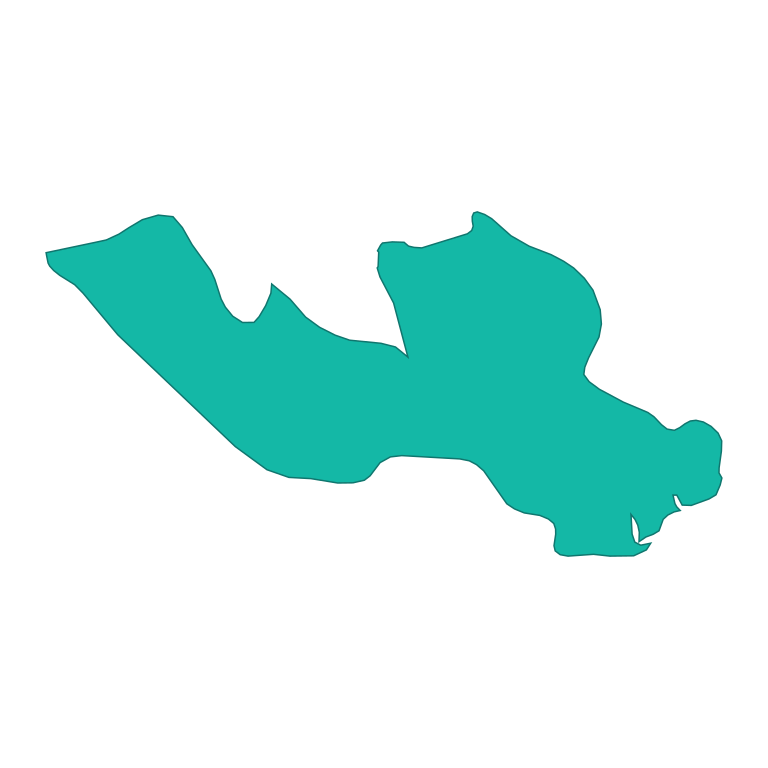 the border of Long An
{"feature_id": "VNM-503", "entity_name": "Long An", "entity_type": "Province", "adm_level": 1, "iso_a3": "VNM", "parent_name": "Vietnam", "parent_adm1": "", "projection": "orthographic", "projection_center": [106.273, 10.719], "detail": "fine", "context": "isolated", "style": "filled", "palette": "teal", "viewbox_px": 768, "rotation_deg": 0, "n_neighbors": 0, "source": "natural_earth", "source_scale": "10m", "svg_char_len": 1935}
<svg xmlns="http://www.w3.org/2000/svg" viewBox="0 0 768 768"><path d="M158.2,215.1L173.0,216.7L182.3,227.5L192.1,244.7L210.9,270.8L214.8,279.4L221.1,299.0L225.3,307.1L232.7,316.2L242.5,322.5L254.0,322.4L259.1,316.7L265.7,305.6L270.9,293.2L271.7,284.0L290.1,299.2L295.3,305.2L305.6,317.1L319.6,327.3L335.0,335.1L349.7,340.2L381.0,343.3L395.5,347.0L407.9,357.1L393.6,303.0L380.0,277.0L377.2,267.9L378.1,266.6L378.7,252.1L377.5,250.8L380.7,245.0L382.5,243.0L392.3,241.9L404.1,242.3L408.5,246.1L414.1,247.4L421.8,247.9L467.4,233.8L471.7,230.5L473.2,226.2L472.3,221.1L472.2,216.6L473.7,213.0L477.3,211.9L484.7,214.5L491.7,218.7L511.0,235.8L529.2,246.2L551.0,254.6L563.7,261.3L573.7,268.0L584.3,278.2L593.0,290.2L600.2,309.7L601.4,324.0L599.0,337.0L588.6,357.8L584.8,367.2L583.8,374.5L589.1,381.7L599.4,389.3L623.3,402.1L647.9,412.5L654.1,416.9L661.5,424.7L667.1,429.1L674.4,430.3L679.8,427.6L685.0,423.8L690.3,421.0L696.0,420.3L703.4,422.0L711.1,426.4L718.1,433.1L721.7,440.9L721.4,451.1L719.1,467.9L719.0,472.9L721.9,478.0L720.2,484.9L716.0,494.8L709.1,498.9L691.3,505.4L682.2,505.1L676.8,495.1L673.0,495.1L674.9,503.5L676.7,506.8L680.2,510.5L674.1,511.9L667.9,515.0L663.2,519.3L659.0,530.8L653.3,534.2L645.9,537.0L639.0,541.7L639.3,532.3L637.8,525.2L635.0,519.4L631.0,514.4L632.1,534.1L634.8,542.1L640.7,545.2L650.7,543.2L646.4,549.9L633.7,555.8L609.9,556.1L593.5,554.3L568.0,556.1L560.2,554.7L555.2,550.9L554.0,545.7L555.7,534.2L555.6,529.0L553.8,523.5L548.4,519.0L539.8,515.4L524.2,512.9L514.5,508.9L506.8,503.8L483.7,470.8L476.5,464.6L469.3,460.8L459.7,458.9L401.8,455.6L390.4,456.9L380.1,462.6L370.1,475.8L364.4,480.2L353.0,482.8L337.7,483.0L310.8,478.6L288.9,477.4L266.9,469.7L235.3,446.6L117.8,334.8L83.0,293.1L74.7,284.7L59.7,275.3L53.7,270.5L49.7,266.1L48.1,263.1L46.6,255.7L46.1,252.7L97.9,241.8L106.2,240.0L118.8,234.2L129.2,227.5L129.4,227.4L142.3,219.7L158.2,215.1Z" fill="#14b8a6" stroke="#0f766e" stroke-width="1.5"/></svg>